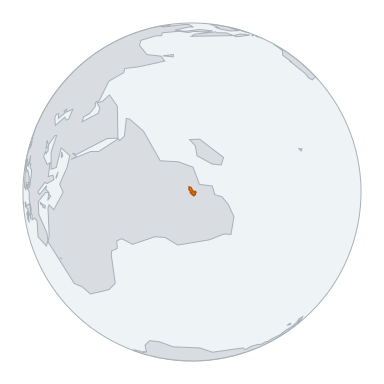 Mashonaland East highlighted on a globe, orthographic projection, rotated 284°
{"feature_id": "ZWE-528", "entity_name": "Mashonaland East", "entity_type": "Province", "adm_level": 1, "iso_a3": "ZWE", "parent_name": "Zimbabwe", "parent_adm1": "", "projection": "orthographic", "projection_center": [31.478, -17.977], "detail": "fine", "context": "on_globe", "style": "filled", "palette": "amber", "viewbox_px": 384, "rotation_deg": 284, "n_neighbors": 0, "source": "natural_earth", "source_scale": "10m", "svg_char_len": 6586}
<svg xmlns="http://www.w3.org/2000/svg" viewBox="0 0 384 384"><g transform="rotate(284 192 192)"><circle cx="192" cy="192" r="169" fill="#eef3f6" stroke="#a8b0b8"/><path d="M24.0,174.0L24.8,173.7L25.0,179.4L24.6,184.3L25.6,183.7L25.6,186.5L32.0,183.5L37.5,186.8L38.8,196.7L37.2,211.1L42.6,237.4L41.5,250.7L45.9,261.5L53.1,279.3L51.8,281.6L56.9,287.2L60.2,293.0L60.7,295.5L64.9,300.4L65.5,302.1L68.0,304.0L75.1,312.3L80.2,316.2L86.9,322.5L90.2,324.6L90.5,325.2L92.4,326.9L94.6,328.4L92.8,328.1L85.4,322.8L80.9,319.0L81.2,319.4L71.0,309.8L73.5,312.4L65.5,304.0L57.4,294.2L50.1,283.7L43.6,272.7L37.9,261.3L33.1,249.4L29.2,237.3L26.3,224.8L24.3,212.2L23.2,199.5L23.1,186.7L24.0,174.0ZM97.9,329.5L94.0,328.8L95.2,328.8L91.1,325.3L95.0,326.6L97.9,329.5ZM87.7,319.9L85.9,317.1L86.9,317.4L88.5,319.5L87.7,319.9ZM235.0,28.6L235.4,28.7L236.7,29.1L248.6,32.8L260.3,37.5L271.6,43.0L282.5,49.3L292.9,56.4L302.7,64.3L311.9,72.9L320.4,82.2L328.2,92.0L335.3,102.5L341.6,113.4L347.0,124.7L346.6,124.4L347.5,126.8L345.0,121.7L345.2,124.5L352.7,144.0L353.7,148.6L352.3,153.5L351.7,149.8L345.0,136.2L346.3,146.7L351.5,160.0L353.3,172.9L350.5,166.4L348.3,155.0L345.9,149.9L344.8,140.4L339.3,124.7L336.3,124.6L334.8,119.2L326.8,105.7L321.6,105.6L314.4,115.0L316.3,129.0L312.5,133.9L300.8,110.5L295.6,96.9L291.3,96.9L279.3,84.4L258.5,80.0L255.6,76.6L251.7,77.4L243.2,73.6L238.7,68.6L233.6,68.4L245.6,81.9L251.1,82.4L255.7,78.2L258.0,83.0L266.2,88.5L257.1,98.8L226.3,107.1L223.3,96.6L200.2,70.5L200.9,67.8L200.8,67.6L200.6,67.0L198.4,71.3L194.4,66.8L206.7,83.7L208.7,91.6L225.9,107.7L224.2,109.2L229.8,112.9L247.5,110.5L247.6,114.0L239.2,130.3L214.6,153.6L218.0,171.4L216.3,187.0L201.2,197.4L202.7,210.2L194.9,214.8L194.6,222.3L188.4,230.5L178.1,238.7L160.3,240.1L159.0,233.2L149.9,220.6L137.1,191.1L141.4,177.0L139.7,167.0L126.9,147.0L129.7,135.0L126.3,130.8L119.2,133.1L115.4,128.3L111.1,129.0L84.9,139.6L77.2,135.1L68.5,118.1L73.4,108.6L74.7,100.0L108.7,64.5L115.5,63.9L141.8,56.1L145.0,56.4L141.4,62.2L160.7,67.0L167.5,61.7L185.5,64.8L197.8,64.6L203.1,54.4L182.9,54.3L179.9,49.8L196.5,45.7L214.1,47.0L213.5,45.3L202.8,41.3L207.2,38.9L199.1,39.9L202.1,41.5L197.1,42.4L194.0,41.1L195.7,40.1L190.5,39.4L183.7,44.9L186.1,47.2L172.2,48.8L174.7,52.9L170.8,55.2L165.0,49.2L165.9,47.0L154.9,42.4L152.7,44.7L163.0,49.5L159.6,49.3L156.7,53.5L156.2,50.2L145.6,45.2L133.3,48.7L117.0,61.2L110.0,63.9L104.4,63.8L111.2,53.5L126.1,48.8L128.7,45.9L126.3,43.5L131.0,42.5L131.9,41.2L137.6,39.7L146.3,35.5L152.2,34.3L156.2,31.0L159.8,30.1L156.4,32.2L157.2,33.3L171.9,31.6L174.9,30.8L176.4,28.9L180.2,29.0L179.7,27.5L188.5,26.8L177.4,26.7L178.8,25.4L184.5,24.4L182.9,24.2L173.8,25.9L171.9,26.7L173.5,27.3L166.7,30.6L161.5,31.7L161.1,28.9L153.7,30.4L156.6,28.2L179.6,23.6L188.9,23.1L202.8,23.9L200.3,24.1L194.0,23.8L199.2,24.9L199.1,24.4L202.3,24.7L204.4,24.2L206.8,24.5L204.8,23.8L208.0,24.0L209.2,24.5L215.1,24.7L221.8,25.7L222.0,25.7L220.7,25.5L235.0,28.6ZM96.6,79.6L95.5,82.1L96.6,79.6ZM232.8,54.6L243.4,56.4L238.7,50.1L242.4,50.5L239.4,48.4L238.3,49.7L231.1,44.5L235.7,43.7L234.5,41.6L230.8,40.9L223.5,43.3L233.8,50.5L231.3,52.5L232.8,54.6ZM131.1,37.0L132.8,37.0L130.3,38.6L122.9,41.5L126.4,39.0L131.1,37.0ZM135.8,36.7L137.5,33.9L142.2,32.4L139.3,33.6L142.2,32.9L138.3,34.8L141.2,36.7L139.1,38.4L126.5,42.0L131.7,39.7L129.8,39.6L135.8,36.7ZM141.9,30.6L141.7,30.7L138.8,31.6L141.9,30.6ZM148.9,54.0L151.5,53.9L155.5,53.2L153.8,56.0L148.9,54.0ZM141.5,50.5L143.8,49.8L143.3,52.9L140.7,53.3L141.5,50.5ZM145.5,47.0L144.0,49.5L143.3,48.4L145.5,47.0ZM158.6,31.7L161.2,31.1L161.3,31.5L159.7,32.3L158.6,31.7ZM199.4,56.0L195.6,57.9L193.9,56.9L195.5,56.4L199.4,56.0ZM173.4,56.3L179.2,57.3L172.9,57.0L173.4,56.3ZM259.9,285.2L260.5,288.3L258.1,287.9L259.9,285.2ZM245.1,186.6L233.2,214.2L225.3,213.8L224.0,205.0L228.4,188.1L237.7,184.0L242.3,176.9L245.1,186.6ZM358.5,216.4L358.4,219.2L358.3,219.9L358.5,216.4ZM358.6,211.7L358.9,214.2L358.3,213.0L358.6,211.7ZM358.9,215.2L359.1,216.1L359.2,215.9L359.0,217.3L358.9,215.2ZM358.3,210.2L355.0,201.9L353.2,196.8L354.0,194.7L357.0,200.5L358.3,210.2ZM353.8,194.4L350.5,182.0L342.9,153.7L345.7,156.2L353.0,175.9L352.6,177.8L354.7,186.8L353.8,194.4ZM360.3,191.7L359.8,198.4L358.4,193.2L357.5,190.1L356.9,179.5L357.3,175.7L358.1,177.5L359.2,168.7L360.1,174.8L360.2,179.2L360.8,187.2L360.3,191.7ZM317.0,130.6L320.9,140.7L318.6,141.2L317.0,130.6ZM358.4,162.9L358.7,164.7L358.2,161.8L358.4,162.9ZM349.0,131.0L348.2,130.0L347.4,127.8L347.9,127.7L349.0,131.0ZM331.9,286.8L333.9,283.6L330.0,281.8L330.9,277.5L334.3,273.3L342.2,256.1L342.3,257.3L346.7,246.9L351.1,245.6L355.3,235.2L355.1,236.0L350.9,249.4L345.6,262.4L339.2,274.9L331.9,286.8ZM358.3,221.9L358.2,222.3L358.4,221.1L358.3,221.9ZM360.9,196.9L360.9,197.4L360.5,204.6L360.3,207.1L360.1,208.8L360.8,198.9L360.1,206.5L360.1,205.2L360.6,197.4L360.9,190.1L360.9,187.8L361.0,190.4L360.9,190.2L360.9,195.5L360.9,195.4L360.9,196.9Z" fill="#d9dde1" stroke="#a8b0b8" stroke-width="1"/><path d="M195.5,188.3L195.6,188.2L195.9,188.3L196.0,188.3L196.1,188.2L196.1,188.6L195.8,188.9L195.8,189.0L196.1,189.5L196.2,189.8L195.9,190.0L195.6,190.2L195.6,190.3L195.5,190.5L195.4,190.6L195.2,190.8L195.0,191.0L194.9,191.0L194.7,191.1L194.4,191.3L194.2,191.4L194.2,191.5L193.9,191.6L193.9,191.8L193.2,192.6L193.1,192.9L193.1,193.0L193.0,193.3L192.9,193.4L192.8,193.5L192.7,193.6L192.8,193.6L192.8,193.8L192.8,194.0L193.0,194.2L193.0,194.3L193.2,194.5L193.3,194.8L193.4,195.0L193.4,195.3L193.2,195.4L192.9,195.3L192.8,195.2L192.7,195.1L192.4,195.1L192.3,195.3L192.2,195.4L192.2,195.5L192.1,195.4L191.9,195.3L191.7,195.3L191.6,195.5L191.2,195.7L190.8,195.8L190.7,195.7L190.4,195.6L190.3,195.8L190.2,195.8L190.1,195.7L189.9,195.5L189.9,195.4L189.8,195.2L189.7,194.9L189.4,194.9L189.2,194.8L189.1,194.7L188.9,194.6L189.0,194.5L189.0,194.4L189.1,194.1L189.3,194.3L189.4,194.2L189.5,194.2L189.5,194.3L189.6,194.2L189.8,194.0L190.0,193.8L190.0,193.4L190.1,193.2L189.9,192.9L189.8,192.7L190.0,192.6L190.0,192.4L190.1,192.2L190.1,191.9L190.3,191.9L190.4,192.0L190.5,192.0L190.8,192.2L191.0,192.2L191.1,191.9L191.2,191.7L191.3,191.7L191.2,191.5L191.2,191.4L191.2,191.2L190.9,191.1L191.0,190.8L190.9,190.8L190.9,190.7L191.0,190.7L191.5,190.5L191.4,190.8L191.5,190.9L191.5,191.0L191.6,190.9L191.7,191.0L191.8,190.9L192.0,190.8L192.0,190.7L192.4,190.5L192.4,190.4L192.5,190.3L192.7,190.1L192.8,190.0L192.8,189.9L192.8,189.7L193.0,189.5L193.1,189.4L193.2,189.2L193.3,189.0L193.4,188.9L193.5,188.9L193.5,188.7L193.8,188.5L194.0,188.5L194.1,188.4L194.3,188.4L194.6,188.3L195.1,188.3L195.4,188.4L195.5,188.4L195.5,188.3Z" fill="#f59e0b" stroke="#b45309" stroke-width="1.5"/></g></svg>